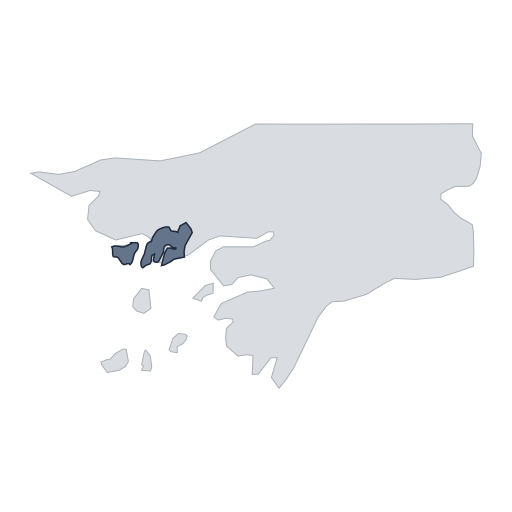 Biombo on a map of Guinea-Bissau (orthographic projection)
{"feature_id": "GNB-5500", "entity_name": "Biombo", "entity_type": "Region", "adm_level": 1, "iso_a3": "GNB", "parent_name": "Guinea-Bissau", "parent_adm1": "", "projection": "orthographic", "projection_center": [-15.894, 11.883], "detail": "fine", "context": "in_parent", "style": "filled", "palette": "slate", "viewbox_px": 512, "rotation_deg": 0, "n_neighbors": 0, "source": "natural_earth", "source_scale": "10m", "svg_char_len": 3333}
<svg xmlns="http://www.w3.org/2000/svg" viewBox="0 0 512 512"><path d="M30.7,173.3L38.9,171.9L59.0,174.4L74.6,171.5L85.6,166.7L100.5,160.0L115.0,157.9L160.1,160.9L199.4,152.9L228.6,137.9L255.5,124.0L290.4,124.1L327.8,124.1L381.0,124.0L423.1,124.0L472.8,123.8L472.4,136.1L481.3,153.4L480.1,166.4L476.4,178.6L473.1,183.5L468.8,186.3L455.5,186.4L449.8,188.8L441.0,193.7L440.8,199.3L447.9,204.7L453.8,212.1L460.6,218.0L472.3,224.7L473.4,232.3L473.9,251.4L473.4,266.3L440.7,277.3L415.6,279.4L394.3,278.4L385.0,283.0L366.6,294.3L343.9,301.1L332.3,301.7L326.8,305.7L318.0,317.4L293.6,368.1L285.5,380.3L279.0,388.2L271.4,377.5L277.2,357.6L270.9,357.9L258.3,374.0L252.2,374.5L253.0,355.4L246.0,354.8L238.0,356.1L226.7,346.2L225.6,338.8L226.4,328.4L233.3,321.8L232.4,319.0L225.7,318.3L218.3,320.1L213.8,316.9L221.3,303.5L247.5,292.1L260.7,290.9L274.3,288.3L266.8,278.7L250.8,274.9L237.9,277.6L231.6,284.6L223.6,285.8L210.4,269.3L210.6,261.0L215.5,251.2L223.2,246.8L253.6,246.9L265.1,241.3L269.8,240.3L274.2,235.3L273.3,231.9L268.3,231.8L257.0,238.3L220.3,235.9L208.6,239.9L188.2,255.0L163.2,263.3L145.0,259.8L150.8,239.6L148.2,236.9L142.4,233.5L115.7,240.0L95.5,230.7L87.6,219.5L89.0,205.5L98.5,196.1L100.0,191.4L90.0,190.5L71.5,196.3L30.7,173.3ZM119.2,370.3L107.3,372.5L101.8,365.0L101.0,362.0L107.3,359.5L110.0,359.4L114.8,353.9L120.7,350.3L123.2,349.1L126.2,349.3L128.4,361.4L125.5,366.5L119.2,370.3ZM150.9,308.5L143.9,313.3L136.7,311.1L132.8,306.8L133.4,299.2L141.6,288.4L148.9,289.8L150.9,308.5ZM138.3,245.3L130.6,263.9L121.1,261.9L114.4,250.8L113.6,246.1L133.1,244.6L138.3,245.3ZM177.2,346.6L177.2,352.8L170.9,351.6L169.1,349.7L172.8,338.5L178.4,333.5L185.1,334.3L187.2,335.8L185.8,340.1L182.9,343.7L177.2,346.6ZM202.7,297.7L201.4,301.2L192.9,298.2L205.2,285.5L213.3,283.2L213.0,293.1L206.8,295.1L202.7,297.7ZM151.8,366.8L150.4,371.0L141.6,370.3L143.6,366.1L141.7,364.8L144.2,352.0L145.5,350.0L149.8,354.8L150.4,356.8L151.8,366.8Z" fill="#d9dde1" stroke="#a8b0b8" stroke-width="1"/><path d="M184.4,257.1L183.9,257.2L174.3,259.0L172.9,259.9L171.5,261.2L164.4,264.9L161.5,265.6L164.6,253.3L167.3,248.2L170.9,248.0L171.7,248.5L172.9,248.9L174.2,249.0L175.8,249.0L175.8,247.9L173.0,247.7L169.5,244.8L166.7,244.8L164.3,246.6L163.7,249.2L163.4,252.1L158.6,261.5L157.0,262.4L154.1,261.7L153.5,259.8L154.5,254.1L152.0,255.3L151.4,257.8L151.4,260.8L150.3,263.6L149.4,264.1L146.1,265.3L144.8,266.2L143.3,267.5L142.4,267.7L141.8,267.0L141.2,265.6L140.8,262.6L141.7,259.6L144.3,254.1L146.4,245.7L147.3,243.7L147.9,243.1L148.8,242.4L149.9,241.9L150.9,241.7L151.5,241.1L152.5,237.5L156.3,231.6L157.5,230.3L159.6,229.0L162.8,227.7L166.1,226.9L168.7,227.0L169.5,227.9L170.1,229.3L170.8,230.6L172.3,231.2L175.2,231.4L176.5,231.7L177.8,232.4L178.3,230.2L179.4,228.0L179.9,226.1L180.0,225.9L186.0,222.6L190.7,228.5L191.2,229.4L192.2,232.6L185.1,245.5L184.2,250.6L184.1,253.2L184.4,257.1ZM111.7,246.9L114.3,246.0L117.2,246.1L122.4,247.0L124.4,246.7L126.6,245.9L131.1,243.7L130.5,243.1L130.8,242.7L132.9,242.7L134.9,242.6L137.1,242.7L138.2,244.0L138.4,244.5L137.9,248.4L136.8,250.3L135.3,252.0L134.1,254.1L132.8,260.0L131.9,262.5L130.1,264.6L128.6,263.5L126.9,263.8L125.2,264.4L123.9,264.6L122.0,263.4L118.3,257.8L116.6,256.9L114.7,256.9L113.3,256.6L112.7,254.7L112.6,250.5L112.4,248.5L111.7,246.9Z" fill="#64748b" stroke="#1e293b" stroke-width="1.5"/></svg>